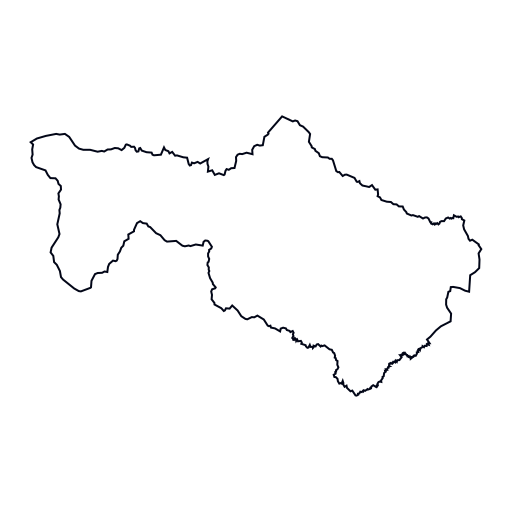 Huai Khot, Uthai Thani, Thailand
{"feature_id": "78962969B62353479912268", "entity_name": "Huai Khot", "entity_type": "district", "adm_level": 2, "iso_a3": "THA", "parent_name": "Thailand", "parent_adm1": "Uthai Thani", "projection": "natural_earth1", "projection_center": [99.561, 15.292], "detail": "fine", "context": "isolated", "style": "outline", "palette": "ink", "viewbox_px": 512, "rotation_deg": 0, "n_neighbors": 0, "source": "geoboundaries", "source_scale": "gbopen_adm2", "svg_char_len": 6074}
<svg xmlns="http://www.w3.org/2000/svg" viewBox="0 0 512 512"><path d="M478.6,253.4L481.3,249.1L478.6,245.2L478.8,244.4L472.3,239.7L470.0,240.7L468.5,238.8L467.9,236.0L464.1,229.3L463.2,225.4L464.3,220.5L461.9,219.2L461.8,218.0L460.7,216.4L458.6,217.2L458.1,216.5L456.6,216.8L453.9,215.3L453.3,218.2L452.3,218.0L451.6,218.6L450.7,218.0L449.8,218.6L448.1,217.5L445.8,218.5L444.1,221.1L441.5,221.1L440.0,221.9L439.4,223.6L438.4,224.4L437.2,223.1L435.9,224.1L435.2,223.5L434.6,224.4L433.8,223.5L432.7,224.3L431.1,223.5L431.3,222.3L430.3,222.2L428.5,218.5L426.9,217.4L425.0,217.5L423.0,218.5L419.1,216.1L417.8,216.8L412.9,215.1L411.4,215.5L406.8,213.5L406.3,212.1L403.9,209.5L402.7,206.5L398.9,206.4L396.6,204.4L393.4,204.2L390.9,202.0L386.8,201.7L381.4,200.0L380.0,197.4L377.6,196.2L378.1,194.4L377.6,189.4L375.3,189.7L372.0,185.1L369.1,187.0L362.4,185.5L359.9,183.2L359.4,181.1L357.8,181.9L356.7,181.7L354.5,177.9L346.7,174.6L344.9,174.7L342.7,176.0L339.3,172.0L338.0,172.2L336.3,171.1L333.0,160.4L331.8,158.8L329.6,158.8L327.9,157.5L322.2,157.2L319.9,156.2L318.8,153.2L315.4,150.8L314.9,149.1L311.8,147.4L311.6,146.1L308.9,141.8L310.1,134.0L308.9,132.3L303.1,126.6L299.9,125.2L297.5,121.2L295.1,120.5L292.8,121.4L282.1,116.4L268.0,132.6L268.5,133.7L267.7,134.7L264.4,136.8L262.8,145.2L259.8,145.6L257.2,144.8L254.2,146.2L252.2,149.8L252.5,154.2L246.6,152.7L242.2,154.1L239.7,153.8L237.6,154.7L236.0,157.1L236.2,160.9L234.5,168.0L231.2,168.2L228.8,169.8L226.6,169.1L225.5,170.8L224.6,174.5L223.8,175.1L219.0,173.3L214.8,174.9L212.2,170.3L207.9,171.6L208.4,166.6L207.5,163.9L207.4,161.2L208.1,159.1L200.2,163.5L197.6,161.9L194.1,163.3L191.9,162.6L191.0,165.1L189.8,165.5L188.7,164.0L187.1,157.7L183.3,157.3L177.0,155.4L175.1,155.7L172.2,151.9L169.5,153.4L168.4,151.2L165.3,150.0L164.0,147.4L160.9,154.7L154.0,155.3L152.5,154.7L151.6,152.6L146.5,152.2L141.8,150.6L140.2,148.0L139.2,148.4L138.4,151.4L136.8,151.7L135.6,150.3L135.0,147.9L134.0,146.7L131.2,146.9L130.0,145.7L126.8,144.4L125.8,144.7L124.3,147.9L121.6,150.1L118.2,148.3L114.8,148.0L110.9,149.4L107.6,149.5L104.2,151.5L101.8,150.9L97.6,151.7L90.1,149.8L83.3,149.8L79.0,148.6L75.0,145.6L69.2,136.9L64.9,133.9L59.7,134.6L56.2,133.9L45.9,135.9L36.9,138.5L30.7,142.2L33.1,144.5L32.2,149.4L32.6,154.6L31.5,157.9L32.5,162.3L34.1,165.1L36.1,167.1L45.5,170.4L47.8,174.9L50.4,178.1L55.5,178.3L57.7,180.8L58.5,183.9L60.8,186.0L61.0,189.6L58.4,193.4L58.9,196.3L58.6,199.5L60.6,204.3L60.3,207.7L59.4,210.0L59.7,213.4L57.3,224.3L59.5,234.0L58.3,237.3L51.6,247.6L50.6,252.4L53.3,255.9L54.1,262.1L56.8,264.8L59.9,271.0L61.0,277.1L63.0,279.5L74.2,288.5L78.8,291.1L80.9,291.4L90.5,287.8L91.0,287.3L91.5,280.8L95.0,274.1L97.7,273.0L102.1,272.8L104.5,271.5L107.3,272.0L108.0,266.9L109.2,263.9L113.0,260.6L115.6,261.2L116.7,260.6L117.5,259.0L117.8,254.7L119.9,251.5L121.3,247.7L123.3,245.7L124.3,241.3L128.6,238.8L128.3,234.5L134.0,231.3L134.0,229.8L137.0,223.1L140.2,221.2L142.9,223.1L146.7,223.6L148.3,226.4L150.2,227.1L156.1,233.2L160.4,235.2L164.6,240.2L167.0,241.6L176.2,240.9L182.4,245.7L184.9,246.3L188.7,245.5L190.4,246.1L195.8,244.5L202.7,245.6L203.6,241.8L205.2,240.5L207.2,240.7L208.3,241.2L211.9,246.8L211.2,248.5L209.1,249.9L209.2,251.5L208.1,253.4L208.1,256.4L209.2,258.9L208.6,261.8L207.7,262.5L207.4,265.0L208.8,267.4L208.7,269.7L209.3,271.0L208.5,272.9L210.1,278.2L212.7,282.6L212.9,284.1L215.7,287.4L215.2,288.3L212.1,289.3L211.2,291.5L212.0,294.9L211.6,299.3L214.4,302.9L214.5,304.5L221.3,308.2L223.8,311.0L224.9,310.4L226.0,308.3L229.6,308.6L232.2,305.5L237.6,310.5L241.3,316.2L245.4,318.9L247.3,319.3L251.8,317.1L254.3,317.3L257.4,315.6L263.8,319.5L267.7,325.6L269.0,326.2L270.4,325.7L271.0,327.6L275.0,328.4L280.1,331.4L280.7,328.6L283.1,327.7L285.9,328.4L286.8,330.0L289.6,330.9L290.4,332.1L292.7,331.0L293.6,332.8L292.9,334.2L293.4,335.9L292.3,337.9L293.0,338.3L293.2,339.8L294.0,340.0L294.9,338.1L295.8,338.9L296.2,341.0L297.2,339.6L298.0,341.3L300.9,340.9L301.8,342.5L301.3,343.8L305.6,345.2L305.9,346.3L307.4,347.8L308.4,347.6L309.8,344.9L310.5,346.9L312.7,346.8L312.9,348.0L313.7,347.1L313.7,345.7L315.6,346.4L316.7,344.5L318.1,344.1L320.6,346.5L321.3,345.6L322.3,346.1L324.6,345.4L329.5,349.3L331.8,349.8L333.1,352.5L334.2,353.1L335.1,355.7L334.7,357.6L335.7,358.1L336.1,360.1L337.5,361.0L337.3,364.8L338.4,367.3L337.4,369.3L336.0,370.2L336.1,371.7L335.2,372.1L335.6,373.6L333.7,374.8L334.4,377.0L335.8,377.1L337.5,378.8L337.9,381.2L339.3,383.6L340.5,383.1L341.6,383.6L342.7,380.9L343.4,383.1L343.1,384.2L344.6,386.8L346.5,385.7L347.0,387.9L350.5,391.3L352.3,390.6L355.5,395.4L356.6,395.6L358.2,394.7L358.0,393.7L359.4,393.4L360.3,391.7L361.8,392.1L363.0,390.8L363.4,391.3L363.9,390.3L365.2,390.8L367.5,389.1L367.9,389.6L370.2,388.8L370.3,388.0L371.1,388.1L371.3,386.6L373.2,385.2L376.1,387.0L376.5,386.0L377.0,386.6L377.9,385.3L377.5,383.7L378.5,382.1L379.7,381.5L381.3,381.9L381.1,380.4L382.7,378.1L382.5,377.0L383.7,376.2L384.1,373.1L385.3,371.9L385.1,371.0L385.8,371.2L385.8,370.0L386.8,369.9L386.2,369.2L387.3,369.1L388.0,367.3L388.6,367.5L388.9,366.3L389.6,366.2L389.0,365.8L389.2,363.7L390.6,363.0L390.8,363.7L391.9,363.6L392.6,362.6L392.8,363.2L394.2,361.6L395.2,362.3L395.6,360.7L396.8,361.9L397.3,360.2L399.4,360.1L401.6,357.2L400.1,355.2L401.7,355.2L401.4,354.6L402.1,354.2L403.3,354.6L403.8,353.7L403.2,352.9L403.8,352.6L404.7,352.7L404.3,354.2L405.7,353.8L406.6,355.2L407.2,355.1L407.5,356.3L408.5,356.0L408.7,356.9L409.8,356.5L410.0,357.5L410.8,357.5L410.8,358.7L411.9,357.8L411.6,357.0L413.3,356.9L413.5,356.0L414.6,355.9L414.6,355.4L415.8,355.7L416.9,353.7L416.8,352.4L418.2,352.1L417.7,351.0L418.8,350.4L418.2,349.6L418.6,349.0L419.2,348.8L420.0,350.0L420.5,348.2L422.5,347.1L422.6,346.2L424.0,347.2L424.7,345.8L426.6,346.0L426.8,344.2L428.7,344.8L428.2,343.4L429.6,343.3L427.0,339.5L430.4,336.7L436.0,330.4L440.9,326.3L450.6,321.3L451.1,313.6L447.1,307.7L446.1,304.6L446.2,299.3L447.2,297.5L448.4,291.8L450.2,291.1L450.8,287.1L453.1,286.9L459.9,288.1L465.1,290.7L469.1,291.7L470.2,275.2L475.0,272.2L479.2,268.1L479.5,259.5L478.6,253.4Z" fill="none" stroke="#020617" stroke-width="2"/></svg>